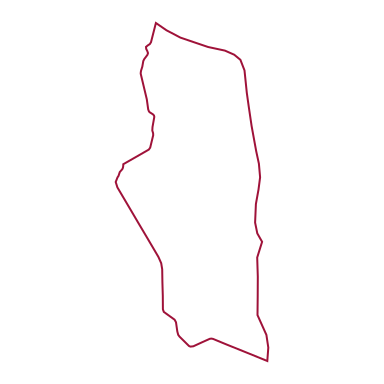 outline of Ghat
{"feature_id": "LBY-2968", "entity_name": "Ghat", "entity_type": "Municipality", "adm_level": 1, "iso_a3": "LBY", "parent_name": "Libya", "parent_adm1": "", "projection": "equal_earth", "projection_center": [10.299, 26.072], "detail": "fine", "context": "isolated", "style": "outline", "palette": "rose", "viewbox_px": 384, "rotation_deg": 0, "n_neighbors": 0, "source": "natural_earth", "source_scale": "10m", "svg_char_len": 1169}
<svg xmlns="http://www.w3.org/2000/svg" viewBox="0 0 384 384"><path d="M190.4,346.6L189.0,346.0L179.5,336.6L178.2,334.8L177.3,331.4L176.0,322.3L174.6,319.7L163.8,311.9L162.9,309.3L162.8,295.8L162.4,282.1L162.2,269.3L161.2,263.2L158.4,256.9L147.4,238.2L138.5,223.2L127.5,204.5L117.4,187.4L115.7,182.0L117.5,177.4L118.5,175.9L119.8,172.0L122.3,169.2L122.9,167.8L123.2,166.2L123.3,164.2L148.8,149.6L150.2,147.6L153.2,135.2L153.1,133.2L152.3,130.5L152.5,127.1L154.3,116.9L154.0,115.5L152.9,114.3L149.6,112.2L148.9,111.3L148.2,109.4L146.8,99.3L140.7,73.7L140.8,72.1L141.1,70.5L142.3,66.7L143.3,61.0L144.3,59.0L147.4,54.9L148.0,53.1L147.3,51.1L146.2,48.9L146.0,46.9L147.8,45.4L149.8,44.1L151.0,42.2L155.9,23.0L156.2,23.2L166.5,30.3L180.4,37.6L194.2,42.3L208.1,47.0L224.9,50.6L234.2,54.7L240.4,59.8L244.5,70.4L246.8,92.8L248.7,106.3L251.6,126.0L256.2,151.2L258.9,163.7L260.1,177.3L258.5,189.6L255.9,204.0L255.1,222.6L257.3,233.4L262.1,241.8L257.2,257.5L257.8,276.7L257.7,296.8L257.5,315.1L266.4,334.9L268.3,347.6L267.3,361.0L244.2,351.6L226.8,344.6L213.0,338.9L211.4,338.6L209.8,338.8L201.8,342.4L193.3,346.3L190.4,346.6Z" fill="none" stroke="#9f1239" stroke-width="2"/></svg>